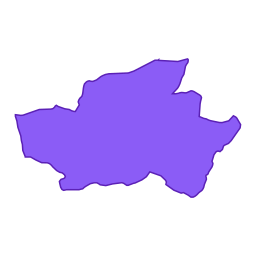 SVG path tracing the border of Braga
{"feature_id": "PRT-749", "entity_name": "Braga", "entity_type": "District", "adm_level": 1, "iso_a3": "PRT", "parent_name": "Portugal", "parent_adm1": "", "projection": "natural_earth1", "projection_center": [-8.294, 41.571], "detail": "fine", "context": "isolated", "style": "filled", "palette": "violet", "viewbox_px": 256, "rotation_deg": 0, "n_neighbors": 0, "source": "natural_earth", "source_scale": "10m", "svg_char_len": 2145}
<svg xmlns="http://www.w3.org/2000/svg" viewBox="0 0 256 256"><path d="M158.7,59.8L158.7,60.4L177.9,61.5L187.5,58.9L188.1,59.4L188.2,60.9L187.8,62.6L186.6,64.2L185.5,66.2L183.9,74.3L181.8,77.8L179.9,83.7L178.7,86.3L177.6,88.1L172.5,93.7L175.5,93.8L178.4,93.3L179.8,92.8L181.4,92.5L183.1,92.6L185.1,92.9L186.7,92.7L191.0,90.8L192.5,91.0L194.0,91.6L199.8,95.1L200.9,96.1L201.5,97.7L200.6,101.2L200.1,103.9L199.2,116.5L203.8,118.4L206.3,118.9L208.5,120.0L210.6,120.7L219.3,122.5L222.1,122.6L228.8,120.8L233.4,115.8L235.7,117.0L236.8,118.1L240.6,124.6L240.1,127.9L231.2,140.6L228.5,143.4L224.3,145.3L223.5,146.1L222.4,149.5L220.0,151.6L218.3,151.1L217.2,151.2L216.0,151.9L214.0,154.7L212.0,161.3L212.9,163.4L212.7,164.9L212.0,166.9L208.7,172.0L208.0,174.0L207.0,174.8L206.3,175.0L205.8,176.0L206.3,177.9L206.4,179.4L204.4,184.4L203.7,187.3L203.2,188.4L202.4,189.8L201.4,190.8L200.2,191.6L198.6,192.9L197.7,193.9L196.6,195.0L194.9,196.3L193.2,197.1L190.9,197.1L188.3,195.2L183.5,192.6L181.1,193.1L173.9,190.2L165.9,184.5L166.4,181.9L165.5,180.2L160.9,175.8L149.8,171.9L146.4,176.7L142.0,179.8L135.1,183.0L133.5,183.3L128.2,185.3L126.7,185.3L123.7,183.3L121.9,182.7L112.6,183.9L105.8,185.6L100.2,184.8L98.6,183.7L96.9,182.8L94.1,182.8L90.3,183.7L86.1,186.1L84.3,187.3L82.7,188.8L80.8,189.2L79.1,189.7L66.5,189.7L64.3,190.2L63.5,190.3L61.9,189.4L60.7,187.3L59.8,183.6L59.4,181.4L61.1,179.3L63.3,178.7L64.6,178.0L65.3,176.5L64.5,174.8L62.3,172.9L59.7,172.3L56.6,170.5L52.7,166.8L51.4,165.2L49.5,163.6L47.3,162.8L41.7,162.7L35.9,160.0L30.6,157.0L25.3,157.0L25.3,156.8L22.8,150.4L22.4,144.5L21.4,140.6L20.8,135.9L17.9,127.3L16.9,121.0L15.4,116.3L15.4,114.7L16.4,114.8L20.8,115.4L23.0,115.2L39.3,109.5L50.8,109.1L52.8,108.7L54.5,107.3L55.2,106.1L56.3,105.3L58.2,106.5L64.8,108.8L69.3,109.5L71.7,110.8L73.8,111.4L75.3,111.5L79.3,104.9L78.2,101.9L78.7,100.2L79.8,98.3L81.8,96.4L82.5,94.5L82.9,92.4L83.4,88.2L83.8,86.0L84.5,83.9L86.3,82.0L87.4,81.3L89.2,80.8L91.1,81.3L92.9,81.4L96.6,79.9L100.6,76.8L102.3,75.8L105.4,74.5L108.8,73.8L128.3,73.0L133.8,71.1L155.0,60.2L157.8,60.2L158.6,59.9L158.7,59.8Z" fill="#8b5cf6" stroke="#5b21b6" stroke-width="1.5"/></svg>